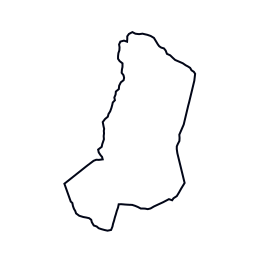 the district of Ilhota, Santa Catarina, Brazil, rotated 64°
{"feature_id": "56859067B31114791802058", "entity_name": "Ilhota", "entity_type": "district", "adm_level": 2, "iso_a3": "BRA", "parent_name": "Brazil", "parent_adm1": "Santa Catarina", "projection": "orthographic", "projection_center": [-48.867, -26.865], "detail": "fine", "context": "isolated", "style": "outline", "palette": "ink", "viewbox_px": 256, "rotation_deg": 64, "n_neighbors": 0, "source": "geoboundaries", "source_scale": "gbopen_adm2", "svg_char_len": 1763}
<svg xmlns="http://www.w3.org/2000/svg" viewBox="0 0 256 256"><g transform="rotate(64 128 128)"><path d="M150.2,209.6L169.0,211.7L171.0,210.9L174.1,211.7L176.9,212.0L179.5,211.8L182.0,212.1L185.5,210.3L188.4,207.2L190.3,204.6L192.0,202.5L194.3,201.3L196.8,201.8L200.6,201.5L202.8,199.3L205.2,198.3L207.2,196.3L209.4,193.8L211.3,191.4L212.2,187.9L209.8,185.2L207.5,183.4L205.2,181.2L202.5,178.9L200.2,176.7L197.6,174.4L195.1,171.8L192.5,169.8L193.5,167.5L195.6,164.0L197.2,161.2L198.9,158.0L201.0,155.8L203.4,153.7L206.0,151.8L207.8,148.2L209.6,145.8L210.2,143.0L209.9,139.2L210.0,133.4L210.1,129.1L210.0,125.8L209.9,122.4L212.3,120.0L211.1,117.9L210.6,114.0L208.3,110.4L205.8,106.8L202.2,101.2L172.3,94.7L168.3,93.4L165.9,92.2L164.1,90.1L162.2,87.5L159.5,86.0L156.5,84.8L149.3,76.4L134.2,64.0L131.8,61.9L114.6,47.7L108.7,43.9L106.3,44.2L104.0,45.6L101.2,45.8L98.9,47.2L97.0,48.6L93.8,50.4L90.4,53.3L87.5,55.8L84.5,57.0L81.2,58.2L78.4,60.5L74.9,60.2L72.2,60.8L70.3,62.9L68.2,64.1L66.1,64.5L62.7,64.8L58.4,65.2L55.2,67.3L52.7,69.8L51.1,71.8L49.6,73.6L48.5,76.9L46.5,80.0L43.7,82.1L43.9,86.0L45.3,88.5L47.6,89.6L50.0,91.0L47.7,93.3L47.0,97.0L49.0,99.4L51.7,100.2L54.4,101.7L56.5,103.8L59.0,105.4L61.4,106.6L64.2,106.2L67.5,104.6L70.7,106.2L72.9,107.9L75.6,109.5L78.6,108.9L81.2,109.5L83.1,111.0L83.8,114.4L86.1,117.4L89.0,119.2L89.9,122.9L92.5,124.5L94.6,126.9L97.3,127.6L98.4,130.5L100.3,132.0L102.7,134.1L105.3,136.8L106.8,139.3L109.0,141.2L109.9,144.8L111.6,148.1L116.0,149.3L118.3,149.8L120.0,151.0L122.3,151.9L124.6,153.4L127.6,154.6L129.4,156.4L131.2,158.2L133.4,159.9L134.3,164.3L137.1,165.0L140.3,164.6L142.6,164.0L145.1,164.5L143.9,168.1L142.6,170.5L142.4,173.3L143.7,180.0L144.2,182.4L150.2,209.6Z" fill="none" stroke="#020617" stroke-width="2"/></g></svg>